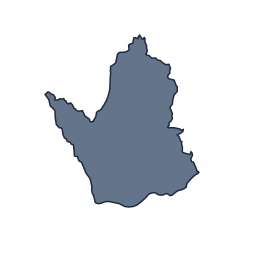 Kamiji, Kasaï-Oriental, Democratic Republic of the Congo, rotated 314°
{"feature_id": "63176286B35852451405101", "entity_name": "Kamiji", "entity_type": "district", "adm_level": 2, "iso_a3": "COD", "parent_name": "Democratic Republic of the Congo", "parent_adm1": "Kasaï-Oriental", "projection": "albers", "projection_center": [23.257, -6.688], "detail": "fine", "context": "isolated", "style": "filled", "palette": "slate", "viewbox_px": 256, "rotation_deg": 314, "n_neighbors": 0, "source": "geoboundaries", "source_scale": "gbopen_adm2", "svg_char_len": 3620}
<svg xmlns="http://www.w3.org/2000/svg" viewBox="0 0 256 256"><g transform="rotate(314 128 128)"><path d="M143.7,209.8L145.1,209.9L145.6,209.0L144.5,207.9L144.9,207.5L145.4,207.1L146.7,204.1L148.9,198.9L148.2,197.5L147.9,196.9L148.6,195.9L149.4,194.6L151.9,193.8L152.8,193.5L154.1,192.2L154.7,190.7L154.6,189.8L152.5,190.7L151.7,190.6L151.1,189.6L150.0,187.5L148.5,184.7L148.7,183.5L151.8,180.7L152.6,179.5L153.7,177.7L155.1,176.5L155.6,176.2L155.1,175.2L155.2,174.9L155.3,174.8L157.2,170.8L157.3,168.3L157.3,168.2L160.8,169.5L164.0,169.8L165.3,168.8L164.3,168.2L164.2,168.1L163.1,167.4L163.4,166.0L161.1,162.4L161.0,162.2L160.0,160.7L157.6,158.3L157.4,158.1L156.4,157.1L156.2,156.0L156.2,155.8L156.2,155.7L156.6,155.7L158.4,155.8L160.3,153.9L161.8,154.1L162.4,154.2L165.8,153.4L166.9,151.4L168.0,150.6L169.3,149.9L169.8,148.6L169.9,148.4L171.4,144.7L172.3,144.0L172.3,143.9L172.6,143.7L174.5,143.4L175.9,143.3L177.4,142.2L177.5,142.1L180.2,140.1L183.7,138.3L186.7,138.1L188.6,137.9L190.9,135.7L191.1,135.5L191.9,134.8L192.2,132.7L192.4,132.3L192.5,132.1L194.5,127.9L192.1,123.7L191.9,123.4L191.8,122.2L193.1,120.2L196.5,120.0L198.1,118.3L198.4,118.0L199.4,117.7L199.5,117.6L200.2,117.4L200.3,117.3L202.2,113.2L199.8,111.2L199.3,108.9L199.0,107.5L199.0,104.5L197.3,101.8L197.7,99.8L197.7,99.5L194.8,96.6L194.7,94.6L194.7,92.8L193.5,90.6L193.6,90.2L193.6,89.3L195.2,89.2L195.8,88.8L197.5,87.6L198.2,86.2L198.5,85.5L199.3,85.0L199.9,84.6L201.7,80.4L204.2,78.0L204.3,77.8L204.3,76.8L202.3,77.2L201.9,76.2L202.5,73.6L202.9,71.9L201.1,71.9L199.2,73.1L198.0,70.3L197.2,69.8L196.8,69.6L192.4,72.5L189.1,70.9L187.9,71.0L187.6,71.4L187.4,71.6L185.1,74.4L182.6,74.2L180.3,72.9L180.2,72.9L176.6,69.5L175.8,69.3L174.8,69.1L173.5,69.4L169.8,71.7L168.8,72.3L166.2,73.9L162.7,73.4L160.6,72.8L159.8,73.0L158.5,74.3L157.7,74.9L156.6,75.9L155.5,77.2L154.8,78.0L154.2,78.5L153.1,79.2L152.2,80.1L150.8,81.2L149.3,82.5L148.3,83.6L146.4,85.1L145.4,86.1L144.2,87.1L143.2,87.9L140.3,89.8L138.0,91.0L136.1,92.0L134.0,92.8L132.7,93.5L129.4,94.2L128.4,94.6L127.2,94.8L126.7,94.9L122.4,95.8L120.8,95.4L119.5,94.8L118.5,94.5L116.9,94.8L115.7,95.7L114.6,96.5L114.0,96.8L112.3,97.4L110.8,97.7L109.2,98.0L108.8,98.7L106.5,96.8L106.5,95.7L106.7,95.3L107.6,94.2L107.2,91.7L106.7,88.8L106.9,88.3L108.8,83.2L105.8,80.9L104.8,78.6L105.2,77.0L104.7,75.4L105.3,73.9L106.0,72.2L106.2,69.3L103.9,68.3L103.8,67.5L103.5,66.4L104.4,64.6L104.2,64.1L103.9,63.1L104.3,62.0L104.5,61.5L104.1,60.9L102.5,60.4L102.3,59.9L102.0,58.9L98.5,57.4L97.3,55.8L99.4,54.5L99.9,52.5L100.1,51.4L99.0,48.5L98.8,45.9L98.3,45.3L94.5,45.1L93.4,51.4L89.9,56.7L90.0,61.5L89.4,63.9L84.9,68.5L83.2,70.7L80.7,74.0L80.4,78.3L81.7,80.2L81.3,81.6L78.3,85.5L77.3,87.7L76.7,89.2L77.2,90.9L76.9,91.6L76.3,92.8L76.3,94.1L77.5,96.3L77.0,98.4L77.5,99.3L77.8,100.0L77.6,101.0L76.2,102.5L74.1,105.1L70.7,108.9L71.9,111.1L72.3,111.7L71.6,112.8L70.3,115.2L70.4,115.8L71.0,118.6L68.7,123.8L66.4,129.1L65.2,135.9L61.0,142.4L59.4,143.8L58.3,144.8L56.7,147.0L56.4,147.4L55.2,150.7L51.7,156.2L52.0,157.6L53.3,159.6L55.5,161.1L58.4,162.3L60.8,164.2L62.5,166.2L64.3,169.2L67.3,173.8L68.0,175.9L69.3,180.2L71.6,183.3L74.8,186.0L78.2,187.7L81.5,188.4L85.2,188.8L88.7,189.1L90.5,189.1L91.7,189.1L93.4,188.9L94.8,189.0L96.4,189.5L97.7,190.2L99.0,191.2L100.3,192.6L100.6,193.8L100.8,195.4L101.3,196.6L102.6,198.4L104.5,199.9L106.9,200.7L108.0,201.9L108.3,203.4L108.6,205.2L110.0,206.3L112.2,206.6L114.4,206.8L116.4,207.2L118.2,207.7L120.4,209.2L123.3,210.5L126.2,210.9L127.3,210.0L129.1,208.9L132.7,208.8L135.3,208.6L138.0,208.7L140.7,208.9L143.7,209.8Z" fill="#64748b" stroke="#1e293b" stroke-width="1.5"/></g></svg>